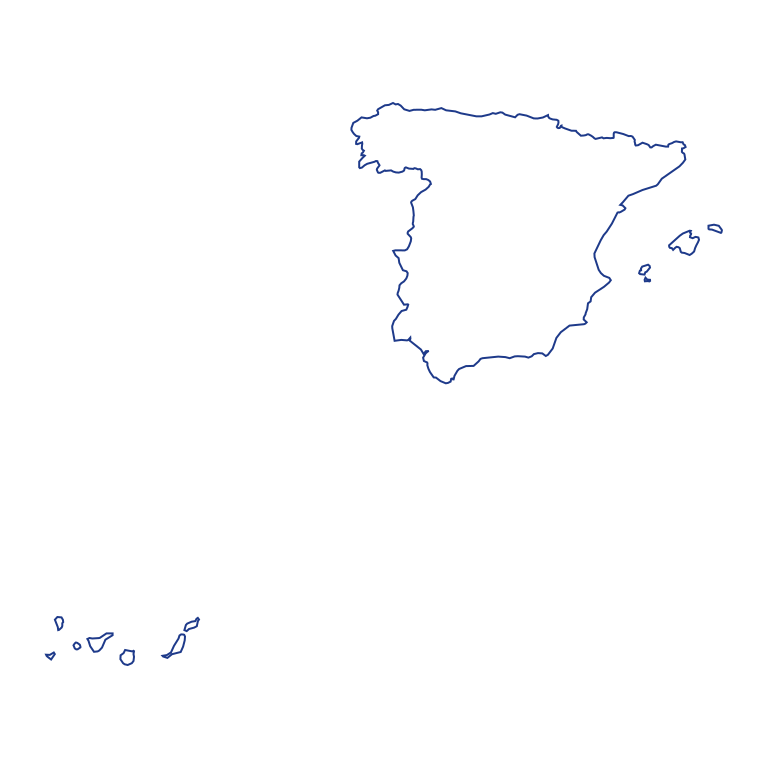 an SVG outline of Spain
{"feature_id": "ESP", "entity_name": "Spain", "entity_type": "country or territory", "adm_level": 0, "iso_a3": "ESP", "parent_name": "Europe", "parent_adm1": "", "projection": "orthographic", "projection_center": [-5.186, 35.705], "detail": "fine", "context": "isolated", "style": "outline", "palette": "blue", "viewbox_px": 768, "rotation_deg": 0, "n_neighbors": 0, "source": "natural_earth", "source_scale": "50m", "svg_char_len": 6097}
<svg xmlns="http://www.w3.org/2000/svg" viewBox="0 0 768 768"><path d="M548.0,115.1L548.1,116.4L549.2,118.0L550.3,118.6L552.6,119.4L556.7,119.8L558.3,120.7L558.5,122.3L558.2,124.0L556.8,126.9L557.3,127.6L558.2,128.1L559.7,128.0L561.0,125.8L561.5,125.6L561.5,126.3L561.9,127.1L564.9,128.4L571.4,130.7L576.0,130.8L576.6,131.9L580.9,135.7L583.7,135.5L585.9,135.1L587.4,134.3L588.5,134.3L591.0,135.6L592.9,136.9L594.5,138.4L595.6,138.9L602.0,137.4L603.5,138.3L606.7,137.9L610.4,138.2L613.5,137.9L613.7,137.4L613.7,133.8L614.1,132.6L614.8,132.2L616.6,132.3L623.2,134.0L628.7,136.1L630.9,136.0L632.5,136.6L634.8,139.9L634.6,141.6L635.1,143.4L635.2,144.7L635.8,145.5L638.1,145.2L642.5,142.7L646.7,144.1L648.6,145.0L650.3,147.4L651.6,147.4L653.2,146.1L655.8,144.7L665.8,146.6L668.1,146.6L668.4,144.7L669.2,144.1L672.1,143.1L674.0,142.0L676.1,141.4L681.0,142.3L682.6,142.2L683.6,144.4L684.9,145.1L685.6,147.0L683.4,148.3L682.0,148.5L681.9,151.9L682.7,152.8L684.1,153.6L684.5,154.6L685.3,159.5L682.9,162.8L679.4,166.4L661.8,178.7L657.8,184.3L656.2,185.7L642.5,190.0L633.0,194.1L628.4,195.7L622.9,202.2L620.3,204.9L622.6,205.4L625.4,208.2L624.6,209.6L620.9,211.8L619.3,212.5L618.4,212.3L617.5,212.6L611.9,223.6L606.7,231.6L603.7,235.1L600.7,240.3L594.4,253.5L594.6,257.2L598.7,269.8L600.9,273.1L603.9,275.8L609.3,277.9L610.8,280.2L609.1,282.5L604.0,286.8L595.0,292.7L591.2,297.2L590.6,301.4L588.0,303.3L587.2,309.2L585.7,313.1L585.5,314.4L583.8,317.4L583.7,319.5L586.7,322.3L585.4,323.6L584.0,324.2L569.5,325.6L560.8,332.2L556.4,337.9L552.7,348.5L547.9,354.8L545.8,356.0L542.3,353.4L538.0,353.1L533.9,354.1L531.7,356.3L528.4,357.6L525.0,356.6L517.9,356.2L514.7,356.4L509.7,358.2L505.4,357.1L498.2,356.6L482.5,358.2L480.5,358.9L478.6,361.4L473.6,365.9L466.0,366.1L459.1,369.0L457.4,370.8L454.5,375.8L453.6,379.4L453.0,379.4L452.2,378.5L451.2,378.8L450.6,381.6L448.0,382.9L445.8,383.3L440.5,381.1L436.0,377.6L433.7,377.4L430.0,372.1L428.4,368.7L427.3,365.1L427.5,363.7L427.2,362.5L423.9,361.0L423.1,357.7L425.6,353.4L427.6,351.6L428.8,351.0L425.8,351.2L423.6,354.0L420.9,349.5L409.7,340.6L410.4,338.6L410.3,337.6L408.4,339.8L407.1,340.4L401.3,339.9L394.6,340.8L392.3,328.3L392.2,326.1L394.0,320.9L395.9,318.9L398.5,314.6L401.6,311.0L406.3,309.7L407.5,307.0L408.2,304.6L407.8,304.3L404.0,304.7L397.5,294.6L397.7,293.0L398.6,290.7L399.3,287.7L399.5,285.3L401.2,283.3L404.0,281.4L406.3,278.5L407.4,275.7L407.7,273.1L406.5,271.3L402.9,270.2L399.3,262.8L398.6,258.1L395.6,255.5L393.2,250.9L395.5,250.3L404.8,250.4L407.1,249.3L408.9,246.3L410.8,241.3L411.2,238.3L410.7,237.0L407.7,233.8L407.6,232.9L408.1,231.5L412.5,228.2L413.8,226.7L413.5,225.5L412.8,224.2L412.8,223.1L413.2,221.6L413.5,216.7L413.8,215.5L413.4,211.0L412.9,207.3L411.1,202.6L411.4,201.6L412.3,200.7L415.3,199.1L417.7,195.3L421.1,192.1L425.6,189.6L428.7,186.8L430.0,184.6L430.9,184.0L430.1,181.5L428.3,180.0L426.1,179.1L423.5,179.1L422.0,178.8L421.6,177.7L421.8,174.6L421.7,171.6L421.2,170.1L420.1,169.1L417.8,169.3L415.8,168.4L414.3,168.2L413.4,168.9L409.0,168.6L405.9,167.4L405.0,167.8L404.6,168.3L404.1,170.5L402.5,171.6L398.8,172.6L395.9,172.4L393.2,171.6L391.1,170.4L385.6,170.9L384.9,170.4L380.2,172.8L378.6,172.8L378.0,172.5L376.8,169.8L377.1,168.6L379.5,165.4L379.2,164.6L378.4,163.6L377.6,162.0L377.4,161.2L376.0,161.0L374.4,161.8L367.2,163.8L364.6,165.3L361.9,167.6L359.9,168.1L359.2,167.3L359.2,161.6L362.5,157.9L364.8,155.7L363.8,155.2L361.4,155.2L361.7,153.4L362.8,152.6L363.9,150.7L362.7,149.9L361.8,148.6L362.0,145.2L362.3,143.9L362.1,142.4L357.3,144.2L356.1,143.9L356.2,141.4L359.0,137.8L359.3,136.6L356.3,136.0L354.1,134.0L352.8,132.3L351.4,129.9L351.5,127.8L353.3,122.9L357.4,120.7L361.5,117.4L367.0,118.3L370.4,117.7L373.5,116.0L375.3,115.7L378.1,114.2L378.1,112.2L377.2,110.6L378.1,109.2L384.9,105.3L388.9,104.9L393.0,103.0L395.6,104.4L398.0,104.0L400.7,105.6L404.2,109.3L409.5,110.9L413.7,109.8L421.1,109.7L424.8,110.3L431.5,109.4L435.2,109.8L441.4,108.1L446.1,110.3L455.3,111.4L460.8,113.3L476.2,116.3L481.7,116.3L489.5,114.5L492.8,113.1L495.8,113.8L500.3,112.3L502.4,112.6L505.2,114.6L515.1,117.3L517.6,114.8L519.5,114.2L526.6,115.6L533.8,118.4L537.5,118.5L542.9,117.5L548.0,115.1ZM690.0,237.2L692.7,238.2L695.4,236.9L696.9,237.1L698.4,237.5L699.0,239.8L697.9,242.4L696.4,245.2L695.1,248.1L694.1,251.5L691.7,253.7L689.6,255.0L684.6,253.0L681.7,252.6L680.8,251.8L679.8,248.2L678.5,247.2L676.6,246.8L675.1,247.9L673.1,249.9L671.8,248.1L670.0,247.9L669.2,246.8L669.1,245.3L679.8,235.7L682.9,233.5L689.7,230.7L690.8,230.9L690.0,232.3L690.2,232.9L691.1,233.5L691.0,234.5L690.2,235.5L690.0,237.2ZM105.4,639.7L102.0,647.6L99.3,650.5L97.7,651.4L94.0,651.8L90.2,646.2L88.5,640.8L87.4,639.0L89.5,638.0L92.3,638.5L98.5,638.1L99.8,637.9L106.5,633.4L112.6,633.4L112.6,635.2L105.4,639.7ZM172.0,654.2L167.4,657.9L163.1,656.5L162.5,655.8L166.8,655.1L171.0,652.4L174.0,645.8L178.5,638.6L179.5,635.5L181.1,634.4L183.3,634.5L184.2,634.8L185.0,636.5L184.7,640.4L183.1,646.6L180.7,652.0L172.0,654.2ZM134.0,651.2L133.5,654.0L134.0,656.8L133.5,661.0L131.8,663.2L127.7,665.0L124.7,664.3L123.1,663.2L120.4,659.2L120.6,655.3L123.6,653.1L125.1,650.0L132.3,651.4L133.5,650.8L134.0,651.2ZM189.0,629.0L186.7,631.1L184.4,630.1L185.9,625.0L187.2,623.6L191.6,621.7L195.3,621.1L196.5,618.8L197.8,617.9L199.0,619.5L197.9,621.1L196.8,626.2L194.2,627.6L189.0,629.0ZM721.4,232.5L720.9,232.9L712.0,229.6L709.2,229.4L708.5,228.8L708.5,225.7L714.0,224.7L718.8,225.8L721.7,229.7L721.9,230.4L721.4,232.5ZM59.0,629.9L58.2,630.1L57.8,627.1L54.9,619.7L57.4,617.0L61.5,617.4L62.9,619.8L63.2,622.1L62.3,623.2L62.3,625.9L61.7,627.5L59.0,629.9ZM645.3,272.3L644.5,274.6L640.1,274.1L639.1,273.2L639.9,270.6L641.1,270.3L641.0,268.5L642.2,266.6L648.1,264.7L649.6,265.9L650.0,267.6L646.7,271.7L645.3,272.3ZM77.6,649.3L76.3,649.4L74.8,648.4L73.5,645.3L74.8,643.4L75.9,642.5L77.3,642.9L79.8,644.7L80.4,646.4L80.4,647.4L77.6,649.3ZM54.8,654.1L51.1,659.5L47.6,656.8L46.7,656.0L46.1,654.7L49.8,654.9L53.8,652.5L54.8,654.1ZM650.1,280.9L649.5,281.4L647.6,281.1L644.9,281.3L644.6,279.8L645.5,277.7L647.3,279.6L650.0,279.8L650.1,280.9Z" fill="none" stroke="#1e3a8a" stroke-width="2"/></svg>